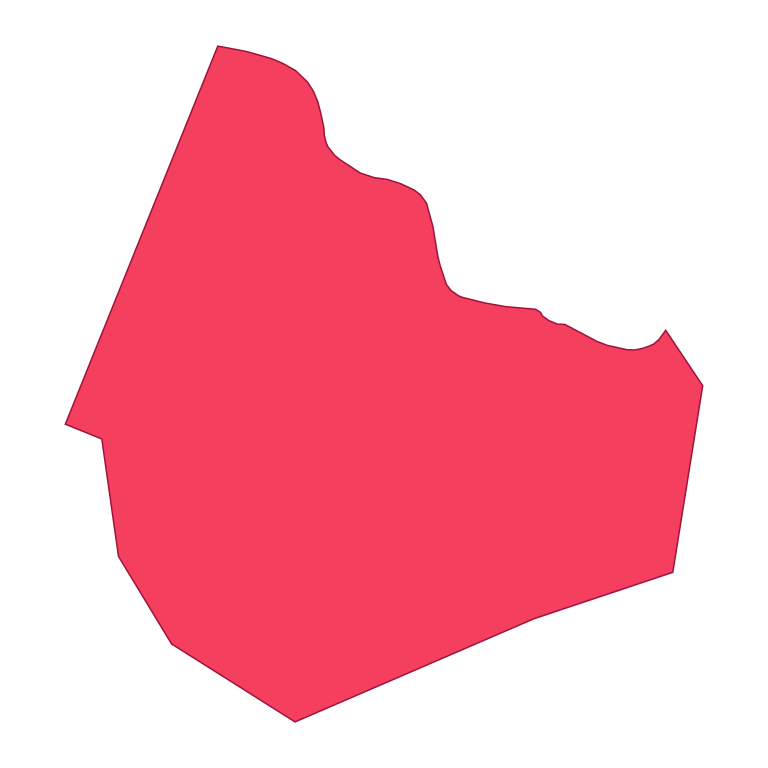 outline of Mason, Kentucky, United States of America
{"feature_id": "52423323B64240886079003", "entity_name": "Mason", "entity_type": "district", "adm_level": 2, "iso_a3": "USA", "parent_name": "United States of America", "parent_adm1": "Kentucky", "projection": "natural_earth1", "projection_center": [-83.779, 38.612], "detail": "fine", "context": "isolated", "style": "filled", "palette": "rose", "viewbox_px": 768, "rotation_deg": 0, "n_neighbors": 0, "source": "geoboundaries", "source_scale": "gbopen_adm2", "svg_char_len": 796}
<svg xmlns="http://www.w3.org/2000/svg" viewBox="0 0 768 768"><path d="M672.8,572.3L702.7,385.7L665.7,330.3L659.0,339.5L653.5,344.2L649.1,346.1L642.4,348.5L634.4,350.0L627.1,349.7L607.4,345.4L596.9,341.4L564.8,324.4L562.5,324.3L557.6,324.2L548.5,320.4L542.3,315.9L540.6,312.4L535.7,309.3L505.4,306.6L485.0,303.0L463.3,297.6L458.7,295.9L451.3,290.8L446.4,284.5L440.2,265.8L437.8,256.2L432.9,226.5L426.5,203.2L420.5,194.9L414.3,190.1L400.6,183.7L387.1,179.4L374.0,177.6L360.2,173.0L339.1,159.1L334.4,155.1L327.6,146.3L325.7,141.2L324.3,135.2L323.9,128.0L320.6,112.6L317.9,102.1L313.5,91.5L307.7,82.3L295.7,70.7L282.6,63.3L271.1,58.5L246.9,51.6L217.8,46.1L65.3,424.2L101.8,439.0L118.5,556.4L171.6,644.0L295.0,721.9L534.0,618.7L672.8,572.3Z" fill="#f43f5e" stroke="#9f1239" stroke-width="1.5"/></svg>